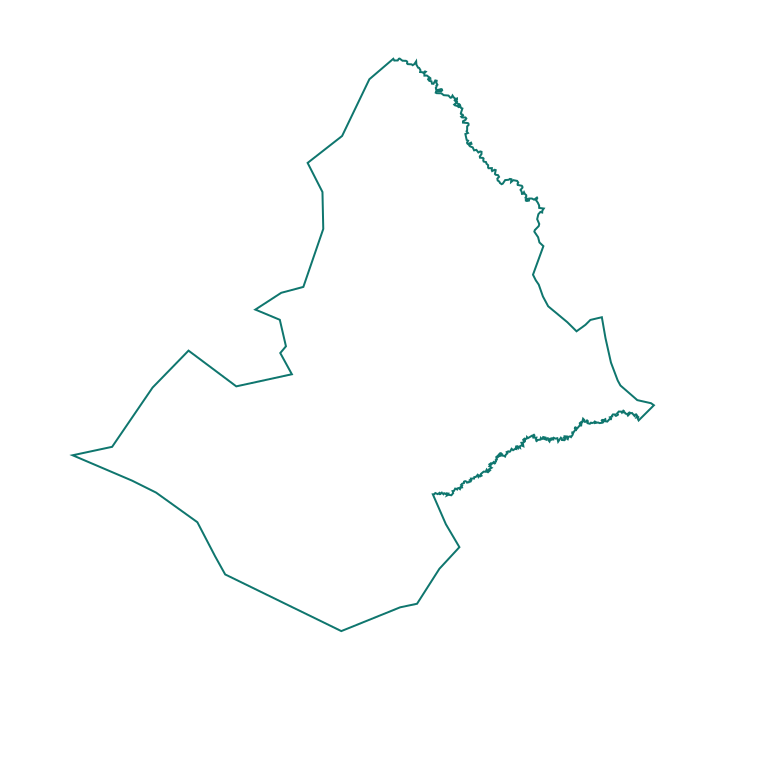 Xongor, Darhan-Uul, Mongolia (orthographic projection), rotated 132°
{"feature_id": "93677404B92664087509678", "entity_name": "Xongor", "entity_type": "district", "adm_level": 2, "iso_a3": "MNG", "parent_name": "Mongolia", "parent_adm1": "Darhan-Uul", "projection": "orthographic", "projection_center": [106.116, 49.386], "detail": "fine", "context": "isolated", "style": "outline", "palette": "teal", "viewbox_px": 768, "rotation_deg": 132, "n_neighbors": 0, "source": "geoboundaries", "source_scale": "gbopen_adm2", "svg_char_len": 6166}
<svg xmlns="http://www.w3.org/2000/svg" viewBox="0 0 768 768"><g transform="rotate(132 384 384)"><path d="M414.8,529.4L406.0,504.4L421.6,482.1L430.4,481.8L438.4,459.0L484.6,492.2L490.0,551.6L541.5,553.6L612.6,544.0L645.3,567.7L624.4,506.6L617.2,480.7L611.6,430.2L625.1,394.1L631.8,374.6L596.2,250.4L539.2,222.6L525.2,212.4L484.2,219.2L454.8,218.8L446.8,244.2L433.3,273.9L432.2,272.9L430.7,272.9L429.9,270.4L427.9,269.9L428.9,268.2L427.9,268.8L426.1,268.4L426.4,267.4L425.8,266.8L426.0,266.1L424.9,266.1L424.5,264.4L423.5,264.5L422.4,262.9L424.4,262.5L423.2,262.0L421.6,259.5L418.8,259.6L417.7,261.4L416.7,260.5L414.1,261.1L413.4,259.1L412.5,259.6L411.4,258.9L411.3,257.2L409.8,257.7L408.6,256.8L408.3,257.4L408.8,258.1L407.3,258.0L407.4,259.2L405.8,259.2L404.2,258.3L403.0,259.2L401.9,258.7L401.3,257.1L401.7,256.3L400.2,255.2L399.5,255.5L398.6,254.4L397.5,254.6L397.5,255.7L396.7,255.3L396.1,256.1L394.0,253.8L392.8,254.6L391.7,253.6L389.0,253.6L389.8,251.8L388.4,252.1L388.4,250.8L386.9,250.2L386.7,251.4L386.0,251.8L382.4,251.3L381.2,249.7L378.9,250.4L379.3,248.5L380.2,248.4L380.0,247.7L377.4,247.5L377.7,248.3L377.2,248.9L374.3,248.0L374.5,249.1L373.9,249.7L374.5,250.6L373.4,250.8L373.2,251.9L371.4,251.5L371.7,250.5L369.4,250.3L369.8,249.9L369.0,249.3L368.9,247.7L368.4,249.6L366.7,248.9L365.7,250.1L364.6,249.6L363.9,250.8L362.8,250.6L362.9,251.6L360.7,251.3L361.3,250.5L359.5,249.5L358.7,250.4L359.5,250.8L359.5,251.4L357.9,251.4L357.2,250.9L357.2,249.1L358.4,248.7L357.0,246.6L356.9,245.5L354.9,246.2L353.1,245.9L352.5,247.3L350.9,246.6L350.8,245.7L349.8,245.1L346.8,245.8L346.8,243.8L344.6,243.2L343.9,242.2L342.8,243.7L341.8,244.0L341.3,243.2L342.1,242.4L342.0,241.5L340.8,242.4L340.4,240.3L339.6,241.4L337.7,240.8L337.0,238.8L335.8,240.3L336.1,241.7L335.7,242.5L334.2,241.2L332.3,240.9L331.4,241.6L332.6,242.5L332.3,243.2L330.5,243.0L330.0,241.8L328.8,241.5L327.8,242.2L327.9,240.8L323.6,239.5L323.6,238.2L322.4,238.9L321.4,238.6L321.5,237.9L323.7,236.9L321.9,234.9L323.3,234.3L323.3,233.1L324.3,232.9L324.3,232.4L322.7,232.3L320.6,230.5L319.2,231.3L319.3,230.1L318.7,229.5L316.9,230.2L315.9,228.4L317.5,227.9L316.9,226.4L316.2,227.1L314.7,226.0L315.1,225.3L314.7,224.3L315.7,224.3L316.0,222.5L314.6,223.0L313.6,222.4L313.9,223.6L313.5,223.9L312.1,223.0L311.8,221.5L311.1,222.2L310.4,222.0L310.0,220.2L308.3,218.9L310.3,216.0L305.6,216.6L305.8,214.9L306.5,214.2L305.0,212.3L304.3,212.3L303.7,214.0L302.4,212.6L302.9,214.3L302.1,214.9L300.5,212.8L302.2,211.0L302.1,210.5L299.9,211.6L298.3,210.6L298.3,209.5L295.7,209.8L294.3,210.4L294.5,211.3L293.9,211.7L293.0,210.8L290.4,211.2L289.3,209.8L289.5,210.8L288.9,211.5L289.2,212.5L288.6,212.9L288.0,212.6L287.8,210.7L284.0,210.8L282.9,209.7L281.3,210.8L282.3,211.2L282.5,211.9L282.1,212.3L280.3,212.0L279.7,211.2L276.6,212.8L276.7,211.4L277.7,210.6L277.9,209.7L277.0,208.7L275.7,209.1L275.1,208.6L275.2,207.7L276.9,206.5L275.8,204.4L274.2,204.3L273.9,203.3L272.2,202.2L270.9,202.3L270.6,201.4L271.6,200.9L269.4,199.2L268.8,197.6L266.4,195.6L264.6,195.6L265.6,197.1L265.4,197.8L264.7,197.8L263.6,196.5L262.1,196.0L263.4,194.3L262.5,192.9L259.2,192.9L258.3,191.8L257.7,192.1L257.5,193.8L255.4,192.7L254.9,193.4L253.4,193.5L252.0,191.8L252.6,191.1L252.5,190.3L250.6,189.6L250.1,189.8L249.9,191.1L247.4,191.1L245.8,189.3L246.1,188.0L243.7,188.3L243.6,187.6L244.7,186.9L244.0,185.8L244.4,184.7L243.6,183.2L244.2,181.6L241.8,181.5L241.7,182.7L241.0,182.6L240.3,180.8L239.6,180.3L240.1,176.5L238.5,176.8L237.8,176.2L238.2,174.8L239.7,174.2L238.4,173.6L238.4,172.9L239.9,172.4L240.7,170.4L219.2,169.2L219.6,172.7L226.5,185.0L226.9,207.3L225.0,212.7L216.2,229.7L201.7,250.1L188.6,266.8L198.3,273.5L205.3,273.9L216.0,276.2L215.4,289.1L216.4,314.0L212.6,324.5L206.6,335.5L205.4,340.5L203.1,346.4L174.9,357.8L174.8,363.2L171.8,367.7L170.2,374.2L168.7,374.9L163.1,374.7L161.2,375.7L159.0,380.5L154.5,382.9L151.5,382.9L150.7,381.2L149.3,382.3L146.7,382.7L149.3,386.5L147.5,388.2L146.3,391.1L145.7,393.9L143.3,394.5L143.1,395.1L146.6,395.8L147.2,398.2L149.0,400.2L150.7,399.0L152.4,400.3L152.8,401.3L152.2,401.9L150.5,401.3L150.9,403.5L149.2,403.9L148.5,404.7L148.5,406.7L147.8,408.3L149.6,407.9L150.4,408.7L148.9,410.5L148.4,412.4L145.4,412.5L144.6,413.4L144.5,414.3L146.6,417.8L146.0,418.6L144.4,419.1L144.0,421.0L146.0,424.3L148.9,424.7L146.6,426.4L147.4,427.7L148.8,428.0L151.4,430.4L155.6,429.8L156.8,430.3L157.0,432.4L156.4,433.8L156.7,435.7L155.5,437.2L153.1,437.1L152.5,439.0L153.8,441.1L153.7,442.1L150.3,444.1L150.7,445.1L153.4,446.1L153.0,447.0L151.4,448.3L153.7,450.7L153.4,451.6L151.7,453.0L151.7,455.3L150.8,456.6L152.0,458.8L151.3,460.0L149.8,460.9L149.8,461.8L151.6,464.1L150.8,465.1L147.9,465.4L146.2,466.9L146.8,468.1L148.8,468.8L148.2,472.0L150.1,473.4L148.8,476.4L149.8,479.1L149.7,480.3L148.7,480.6L147.0,479.7L146.4,480.8L149.5,482.2L149.5,483.1L148.9,483.9L146.9,484.3L147.3,485.9L143.8,490.8L141.3,489.6L140.9,491.8L139.8,492.0L136.9,494.6L135.1,494.4L134.2,495.1L133.9,495.8L134.2,496.6L136.9,500.2L135.9,501.1L133.1,500.2L131.6,500.5L131.4,501.8L133.7,504.3L133.7,505.5L131.5,505.0L131.2,505.7L131.8,507.5L131.5,508.0L126.8,510.1L127.3,511.7L125.7,514.4L125.7,515.5L126.3,516.2L126.4,513.6L127.2,513.1L128.2,513.7L128.4,515.8L129.4,517.6L129.4,518.8L125.5,518.3L125.1,519.0L126.1,519.8L125.9,521.1L123.5,520.3L123.0,520.8L125.0,521.7L124.2,523.0L124.4,523.7L123.8,526.1L125.9,525.5L126.8,526.2L126.5,529.1L129.4,532.9L129.6,535.9L132.6,539.4L132.9,540.5L131.4,541.2L127.9,537.4L126.8,537.3L126.3,538.1L126.6,538.9L129.7,540.9L130.1,542.5L129.2,543.7L127.8,543.9L127.2,544.7L125.9,544.5L125.2,546.6L123.4,547.8L124.1,549.0L127.8,548.1L128.7,549.3L127.3,551.3L128.4,553.1L128.1,555.1L127.2,555.3L126.2,553.7L125.7,554.2L126.1,558.6L127.8,560.3L126.1,562.0L124.0,561.9L124.3,562.7L126.5,563.1L126.7,564.2L128.0,565.9L126.4,566.9L125.6,569.4L126.1,570.3L125.0,573.6L122.7,576.0L126.0,575.5L127.9,576.0L128.0,577.4L130.4,580.4L130.4,581.3L129.1,582.2L128.9,582.9L129.2,584.0L131.4,586.6L131.7,590.1L132.4,590.6L134.4,590.3L136.7,592.8L136.1,594.7L167.3,598.8L227.7,581.1L270.8,588.7L282.5,558.2L309.4,532.9L365.8,508.9L385.0,521.4L414.8,529.4Z" fill="none" stroke="#0f766e" stroke-width="2"/></g></svg>